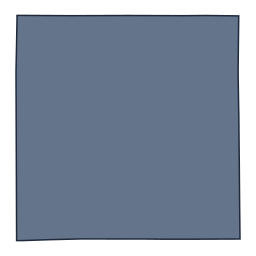 outline of Walworth, Wisconsin, United States of America
{"feature_id": "52423323B18834110145420", "entity_name": "Walworth", "entity_type": "district", "adm_level": 2, "iso_a3": "USA", "parent_name": "United States of America", "parent_adm1": "Wisconsin", "projection": "orthographic", "projection_center": [-88.5, 42.668], "detail": "fine", "context": "isolated", "style": "filled", "palette": "slate", "viewbox_px": 256, "rotation_deg": 0, "n_neighbors": 0, "source": "geoboundaries", "source_scale": "gbopen_adm2", "svg_char_len": 444}
<svg xmlns="http://www.w3.org/2000/svg" viewBox="0 0 256 256"><path d="M238.7,15.9L206.1,15.5L183.3,15.7L128.0,15.5L72.5,15.7L54.2,15.6L19.6,15.4L17.0,15.4L17.0,20.7L16.0,71.9L16.6,240.6L21.8,240.6L49.3,239.7L81.9,238.9L128.3,239.0L144.2,239.0L165.8,239.2L186.6,239.2L240.0,239.0L239.6,201.8L239.3,164.5L239.1,145.8L238.8,113.5L238.7,111.0L238.1,71.6L238.1,70.7L238.7,16.8L238.7,15.9Z" fill="#64748b" stroke="#1e293b" stroke-width="1.5"/></svg>